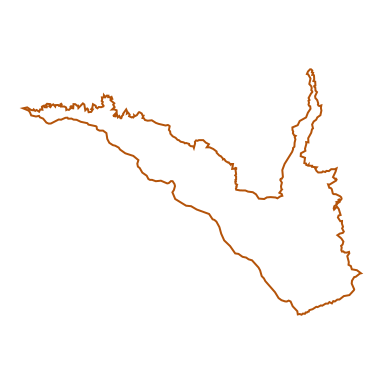 outline of Girón, Santander, Colombia
{"feature_id": "7082276B75603088073292", "entity_name": "Girón", "entity_type": "district", "adm_level": 2, "iso_a3": "COL", "parent_name": "Colombia", "parent_adm1": "Santander", "projection": "albers", "projection_center": [-73.264, 7.05], "detail": "fine", "context": "isolated", "style": "outline", "palette": "amber", "viewbox_px": 384, "rotation_deg": 0, "n_neighbors": 0, "source": "geoboundaries", "source_scale": "gbopen_adm2", "svg_char_len": 5993}
<svg xmlns="http://www.w3.org/2000/svg" viewBox="0 0 384 384"><path d="M31.2,115.4L36.0,116.5L39.0,115.9L39.9,117.3L43.1,118.6L46.4,122.6L48.7,123.6L50.9,123.5L58.7,119.5L61.1,119.7L65.4,117.8L67.5,117.7L68.2,118.7L71.6,118.6L73.5,119.6L76.6,119.8L80.8,121.8L87.4,123.2L88.4,124.6L95.9,126.2L96.6,126.7L96.9,129.0L97.5,129.6L99.5,130.6L103.0,130.6L106.4,133.1L107.3,139.0L109.3,142.8L112.8,145.1L115.2,145.7L118.7,147.6L120.1,149.6L125.3,153.3L133.3,155.9L138.4,160.1L137.3,163.7L137.9,166.6L139.7,168.0L142.3,172.6L146.7,175.7L148.4,179.0L150.0,179.9L152.1,179.9L155.8,181.2L160.9,180.7L167.2,183.4L168.7,183.1L171.0,181.1L172.6,181.2L174.5,184.1L175.0,186.1L173.9,190.0L172.4,192.3L175.2,199.0L186.1,205.7L191.1,206.2L196.7,209.5L209.1,214.0L212.6,219.3L214.4,219.9L216.4,221.6L219.4,227.1L221.2,233.7L224.2,240.4L230.1,246.1L235.2,253.4L238.5,253.9L242.5,256.8L246.2,257.6L248.6,259.3L252.0,260.3L258.5,267.5L260.1,270.4L261.7,276.1L263.9,278.4L265.4,281.2L275.0,292.2L278.6,298.1L281.5,300.2L285.1,301.4L286.8,301.5L288.7,300.6L290.6,301.5L292.7,306.3L297.3,311.2L297.8,314.4L299.7,314.0L301.6,314.7L302.8,313.6L304.9,313.8L305.6,312.5L306.8,312.6L307.6,311.8L308.7,311.7L309.4,310.1L312.6,309.2L316.3,306.8L317.6,307.1L320.9,305.4L322.2,305.7L325.7,303.6L328.0,303.6L329.4,302.1L331.9,303.4L333.3,301.1L334.8,301.5L337.3,299.6L339.5,299.5L343.8,296.1L349.4,295.1L353.9,290.2L354.2,289.3L351.7,283.6L352.0,280.7L354.2,277.1L355.7,276.8L359.8,273.6L361.0,273.3L356.9,270.2L351.8,269.3L350.9,266.1L348.5,264.8L348.8,262.1L347.3,256.1L349.3,253.3L349.0,251.9L346.7,252.6L344.5,252.5L343.4,251.4L342.0,251.6L341.3,250.1L341.7,247.4L341.1,245.9L342.6,244.5L343.4,241.6L341.3,238.4L337.4,235.2L339.8,233.6L342.8,232.9L343.8,231.6L342.1,228.4L343.0,226.8L341.9,223.6L342.0,221.0L340.3,221.2L337.9,217.5L338.6,215.5L340.6,215.0L338.7,208.9L337.0,206.7L334.1,209.6L333.7,208.4L334.3,206.2L336.8,204.4L336.4,203.2L337.3,202.8L337.6,203.3L339.0,202.3L337.6,201.7L339.0,201.3L338.5,199.8L339.1,199.5L339.5,200.6L340.1,200.8L341.6,198.8L341.2,197.3L340.0,196.2L335.9,194.2L333.7,194.1L332.8,193.5L331.8,189.2L330.6,187.9L329.3,187.8L328.1,184.4L329.5,184.6L336.1,180.6L336.6,179.5L335.9,178.7L335.3,179.2L333.0,177.1L335.6,171.6L336.5,168.4L334.8,169.2L331.2,169.2L328.9,171.1L326.4,170.9L325.3,172.0L322.9,171.4L321.8,172.4L318.2,172.5L316.5,170.9L315.2,168.5L315.0,167.9L316.0,168.1L316.7,167.3L312.0,166.8L312.1,165.8L308.4,165.7L308.5,164.8L308.0,165.4L306.3,165.0L306.1,163.6L304.3,163.1L305.0,157.8L300.7,156.2L300.9,153.3L305.4,150.8L305.0,148.8L306.3,144.0L306.2,142.1L308.4,142.4L308.2,138.2L311.2,132.8L312.0,129.3L313.0,128.4L312.1,124.5L313.7,121.5L316.2,119.7L317.3,117.4L320.4,115.2L321.4,110.6L320.9,107.8L321.3,105.4L319.4,106.0L318.6,105.7L317.9,104.6L318.2,103.3L317.2,100.1L315.4,98.1L315.1,96.1L317.0,92.1L315.5,90.6L315.3,87.7L314.2,86.6L314.3,85.9L315.4,85.5L315.2,81.6L313.4,81.0L314.2,79.3L314.0,75.7L313.6,74.9L312.3,74.9L313.1,72.8L311.9,72.3L312.3,70.5L311.0,69.3L310.1,69.3L308.0,71.5L306.9,74.0L308.2,74.4L310.5,78.5L309.3,84.0L311.3,86.3L311.7,88.0L311.3,90.2L312.3,91.4L312.2,92.3L311.1,93.4L308.6,98.0L309.5,100.0L308.5,100.7L309.0,102.8L308.5,104.5L309.0,105.7L310.2,106.3L310.5,108.8L307.9,112.7L306.1,117.4L299.7,121.0L297.7,125.2L292.4,127.4L292.5,130.1L293.2,131.5L292.9,133.2L294.1,135.3L295.7,135.9L294.7,137.1L295.4,139.3L294.6,142.7L294.4,146.7L293.0,148.1L293.1,149.2L292.1,151.9L284.6,163.9L282.3,170.1L282.9,176.9L281.7,178.8L280.7,178.9L280.3,180.0L281.9,182.7L281.0,186.2L281.4,189.0L282.0,189.4L279.4,192.8L281.7,194.0L282.3,195.8L280.4,196.3L277.4,198.3L275.6,197.5L270.5,197.1L266.9,197.4L264.2,199.0L258.8,198.6L256.0,194.3L252.8,192.2L248.0,191.6L245.4,190.5L240.0,190.4L236.2,189.7L235.9,188.4L236.7,186.8L236.3,186.3L237.1,184.7L235.6,183.7L235.3,181.8L235.9,181.5L235.4,180.0L236.1,179.6L236.1,176.3L235.2,175.4L236.1,174.2L235.5,169.6L236.2,169.1L236.2,168.1L235.4,167.9L234.5,168.7L232.2,168.9L233.0,164.0L231.1,164.0L230.7,164.7L228.7,162.4L228.2,162.6L225.6,161.1L224.3,159.1L223.0,159.4L223.1,158.7L220.6,156.0L219.5,155.7L216.6,152.7L216.6,151.5L213.3,149.0L209.6,147.3L206.8,147.3L208.9,144.2L205.9,142.7L203.2,140.1L198.9,140.1L197.6,140.8L196.1,140.4L194.9,141.9L195.1,143.3L193.9,147.9L193.3,146.3L191.0,146.2L189.3,145.2L189.1,143.9L186.1,143.0L184.8,143.3L183.8,142.4L180.6,141.7L178.9,140.2L177.5,139.8L175.6,137.8L172.7,136.3L170.4,133.7L170.1,131.4L168.9,129.9L169.7,126.2L169.0,125.6L167.9,125.0L165.6,125.5L158.7,123.9L155.9,122.9L151.8,120.3L147.7,120.7L145.0,120.0L143.9,118.3L142.5,118.0L143.5,115.7L142.6,115.6L141.7,113.5L139.5,112.2L138.8,112.3L136.8,115.2L135.0,116.1L134.2,115.4L134.3,116.3L133.2,117.5L132.3,117.0L131.6,117.4L129.1,116.2L129.7,114.8L128.3,112.8L126.9,113.6L127.2,111.7L126.2,109.4L123.1,113.8L123.2,114.8L122.1,115.8L121.3,118.2L120.5,118.2L119.3,116.0L117.8,117.3L117.0,114.5L115.4,116.4L113.8,116.1L113.6,115.5L116.7,112.3L116.6,110.3L114.1,109.4L112.1,109.5L114.6,107.1L113.2,104.7L114.3,103.3L110.5,100.2L110.6,99.4L112.3,98.9L111.6,97.1L110.5,98.2L110.0,97.1L108.2,97.1L108.4,95.7L106.8,95.6L105.4,97.1L103.9,95.2L103.8,97.4L101.9,97.4L102.2,99.3L101.7,101.0L102.8,102.0L102.1,103.7L103.6,105.8L103.4,106.4L101.2,107.2L98.8,107.0L97.4,108.3L96.0,107.3L95.7,105.8L93.0,104.2L92.3,107.8L91.3,109.1L92.8,109.4L91.2,111.9L88.6,112.2L87.8,109.0L87.2,108.5L85.3,110.3L84.3,104.5L82.9,103.4L78.4,108.0L78.0,105.6L77.0,105.7L75.3,104.2L73.5,104.1L73.2,108.3L72.4,108.2L72.2,106.4L71.1,106.2L70.5,106.7L70.5,108.4L68.9,109.9L67.3,109.5L66.3,110.0L66.1,107.5L64.4,106.5L61.2,106.5L61.7,104.5L61.2,103.8L60.4,104.3L59.8,105.9L58.9,105.9L58.1,105.0L55.5,105.1L55.2,106.5L53.3,104.4L51.5,105.3L50.4,107.1L49.2,106.3L50.0,104.1L47.0,103.8L45.7,105.2L47.0,106.3L46.7,107.3L44.4,107.2L43.8,105.7L42.3,106.4L41.9,106.8L42.4,109.7L40.2,109.4L39.1,111.7L36.6,110.0L35.2,110.9L33.7,109.4L33.1,110.3L31.1,110.0L27.2,107.4L23.0,108.3L28.6,110.6L29.9,112.2L31.2,115.4Z" fill="none" stroke="#b45309" stroke-width="2"/></svg>